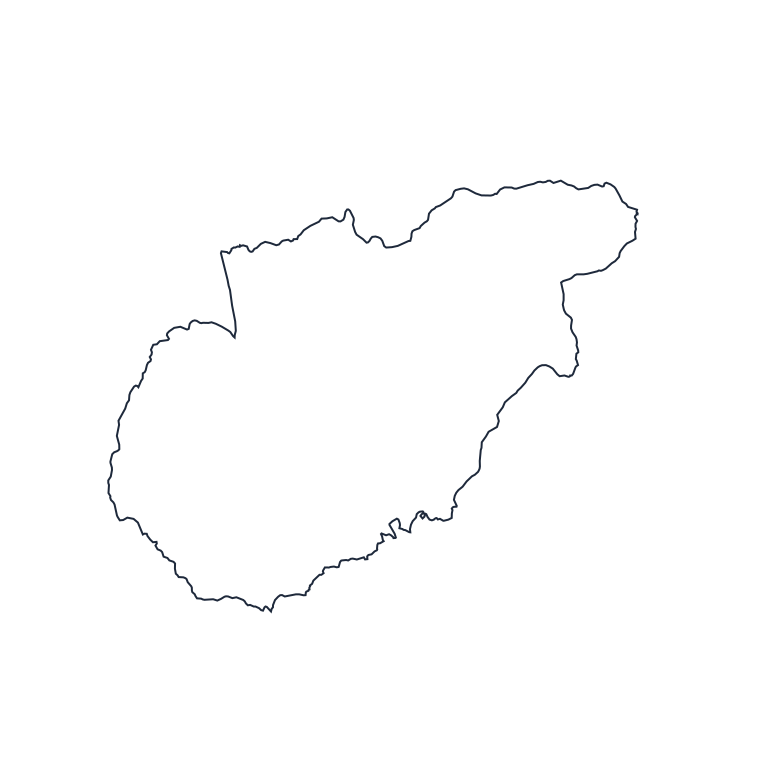 outline of Railaco, Ermera, East Timor, rotated 161°
{"feature_id": "22284137B49797009799058", "entity_name": "Railaco", "entity_type": "district", "adm_level": 2, "iso_a3": "TLS", "parent_name": "East Timor", "parent_adm1": "Ermera", "projection": "natural_earth1", "projection_center": [125.456, -8.681], "detail": "fine", "context": "isolated", "style": "outline", "palette": "slate", "viewbox_px": 768, "rotation_deg": 161, "n_neighbors": 0, "source": "geoboundaries", "source_scale": "gbopen_adm2", "svg_char_len": 6149}
<svg xmlns="http://www.w3.org/2000/svg" viewBox="0 0 768 768"><g transform="rotate(161 384 384)"><path d="M674.9,340.3L670.2,341.2L664.7,338.0L661.8,333.1L661.0,320.2L659.3,320.5L657.1,319.6L657.1,317.2L655.7,313.0L654.0,309.6L650.5,308.8L650.8,307.1L652.7,305.6L651.9,301.4L649.4,299.2L648.5,297.3L648.6,292.5L645.4,290.0L644.4,287.1L640.9,284.4L640.0,282.3L641.8,277.5L642.6,272.4L641.5,270.4L641.0,268.3L636.6,266.5L634.9,265.0L634.2,263.8L634.1,260.5L632.1,255.5L632.0,254.0L632.9,251.2L633.0,249.6L631.4,246.8L631.3,245.0L630.6,242.2L626.8,240.6L625.5,239.3L624.0,238.4L615.6,236.1L612.1,233.5L608.0,233.9L604.1,234.8L602.5,234.7L600.6,233.9L597.1,230.9L593.0,230.4L587.4,225.6L586.4,223.8L586.0,221.5L584.8,219.1L582.5,218.7L579.6,216.0L577.9,215.4L575.1,212.7L573.8,210.2L572.2,209.1L569.7,211.7L568.5,212.2L567.4,211.4L564.9,205.7L563.4,208.0L561.7,209.0L560.9,211.1L557.4,215.2L553.4,217.3L550.9,218.1L549.1,217.6L547.0,215.4L535.7,213.8L532.6,212.7L528.8,210.4L526.9,209.9L525.7,212.5L524.9,213.0L522.8,213.1L522.2,214.0L521.3,214.0L520.9,215.7L519.6,217.0L519.6,217.6L517.0,218.5L514.8,221.1L507.1,224.6L505.3,224.0L502.7,224.8L502.8,226.7L502.3,227.5L499.6,229.8L495.8,228.4L494.1,228.4L490.8,227.7L488.4,226.1L486.8,225.8L486.4,225.8L483.6,229.9L482.1,230.9L481.3,230.9L477.1,229.9L475.3,228.8L472.3,229.5L470.4,229.1L466.8,226.9L459.5,226.7L459.0,224.3L456.7,223.8L456.0,226.5L454.4,227.4L451.2,227.0L447.4,228.8L444.9,229.1L444.2,229.9L444.2,230.6L442.7,234.0L441.6,235.2L439.6,234.7L435.5,235.5L435.9,236.8L435.4,240.7L435.7,243.1L435.0,243.5L431.3,240.3L428.1,240.3L426.7,238.8L425.2,236.2L425.2,235.2L423.3,234.7L422.8,234.9L422.7,239.0L424.7,249.0L424.4,249.9L420.7,251.5L415.7,252.5L414.5,251.2L414.4,247.4L414.8,245.4L416.4,242.6L413.7,240.8L413.1,239.8L411.4,238.9L408.4,235.7L407.4,235.2L406.7,238.3L404.3,242.2L401.5,245.0L397.2,247.3L395.4,250.3L393.1,251.4L391.6,251.6L388.8,250.9L388.5,250.2L388.9,249.2L390.8,248.6L392.5,247.4L391.3,244.3L389.0,245.4L388.4,246.1L388.1,248.2L387.6,248.3L386.4,247.2L386.1,244.1L385.1,241.0L383.1,239.5L381.0,239.5L380.2,240.0L378.3,240.3L377.8,240.0L377.2,238.4L375.0,238.3L372.5,235.4L371.8,235.2L367.3,234.8L363.6,235.3L362.0,239.5L360.3,242.5L360.5,244.1L359.2,245.0L357.9,245.1L355.4,244.4L354.9,245.1L355.6,251.7L353.5,255.2L351.0,257.7L348.1,259.5L343.1,261.3L337.6,265.0L330.9,268.1L327.7,268.6L323.7,270.3L322.5,271.4L321.2,272.8L320.2,274.7L318.5,280.1L314.0,290.1L312.6,291.9L310.5,297.1L304.8,301.1L300.6,304.8L291.1,306.6L287.5,311.6L287.0,318.0L279.3,323.3L275.7,327.3L267.1,330.9L261.8,332.5L259.8,334.2L255.9,335.9L250.0,339.2L245.6,342.8L240.9,345.3L237.4,347.8L233.2,349.7L231.0,350.2L228.4,350.3L224.7,349.1L221.9,346.7L219.4,343.6L217.0,336.8L215.4,334.2L210.6,333.3L207.4,330.8L206.3,330.6L205.4,330.9L205.2,331.4L203.7,330.9L201.9,332.0L197.5,337.4L196.6,338.1L194.4,338.7L194.2,343.4L194.5,345.1L192.2,350.0L190.0,350.7L189.5,352.5L189.4,357.7L188.0,360.5L187.4,363.7L187.4,366.1L188.9,371.5L189.1,375.5L188.1,378.3L185.4,383.4L185.7,385.9L189.1,391.3L189.7,394.9L189.6,396.6L189.1,400.9L186.9,404.7L184.9,410.5L183.5,422.3L181.0,423.0L174.6,422.8L172.3,423.1L168.2,424.8L165.9,424.9L159.5,422.7L155.9,422.0L145.5,421.1L143.9,421.4L142.0,420.4L140.2,420.4L136.7,420.9L129.4,424.0L125.5,424.9L120.3,427.7L118.6,431.0L116.9,432.7L111.9,436.1L108.6,437.8L102.4,438.6L98.8,439.5L97.2,446.0L95.3,448.6L95.1,450.6L94.0,453.6L91.6,455.8L92.5,460.0L92.0,460.9L90.1,461.9L89.7,462.6L89.0,462.0L88.6,462.8L89.2,464.6L88.0,466.4L95.6,472.0L96.5,475.4L99.2,478.9L100.0,485.7L101.4,493.4L102.1,495.3L104.8,499.0L108.2,501.9L110.2,501.7L111.9,499.5L113.5,499.7L117.2,503.0L120.3,503.8L123.6,503.8L127.1,502.9L136.8,504.7L138.5,506.5L140.0,508.9L142.1,510.7L145.4,512.6L150.6,518.7L158.3,518.9L160.9,522.2L163.0,522.8L165.3,522.4L168.1,522.9L170.5,524.4L172.8,524.9L177.4,524.5L183.6,525.2L195.3,525.6L197.3,526.4L199.3,528.2L206.1,530.7L210.9,530.1L215.6,527.0L217.0,527.7L219.2,527.2L221.6,527.4L230.4,530.6L235.3,534.4L241.3,540.8L244.6,542.9L247.9,543.6L253.2,544.0L255.1,543.1L258.3,538.9L260.2,537.8L272.8,534.5L277.4,534.4L278.8,533.5L282.4,532.7L286.0,530.4L288.9,524.9L290.5,523.9L293.1,523.4L297.8,521.4L299.6,519.8L305.3,519.7L307.4,519.2L309.0,517.2L310.2,514.2L312.5,510.8L314.3,511.2L326.0,510.1L331.9,510.8L337.5,512.3L338.9,514.3L339.0,520.0L339.9,522.8L341.8,524.7L344.0,526.2L347.2,526.9L349.3,525.7L351.0,524.1L353.0,523.1L354.5,523.3L356.7,527.8L361.3,534.1L361.8,537.2L361.6,544.7L359.1,548.9L358.7,550.9L359.8,558.9L360.8,560.6L362.0,561.0L364.5,559.2L366.9,554.8L368.9,552.6L372.2,551.9L374.0,552.6L378.6,558.5L384.2,559.2L389.2,560.7L392.7,558.6L402.1,557.5L409.8,555.5L414.2,552.6L416.9,551.8L418.9,549.3L422.3,550.4L423.3,549.3L425.6,549.1L427.6,551.6L432.6,552.4L434.3,552.1L437.9,550.1L440.7,550.3L445.5,554.2L450.1,557.1L454.8,556.6L460.0,554.1L462.5,554.0L465.1,552.1L466.6,552.2L467.8,553.2L468.5,555.0L468.7,558.6L472.1,561.0L474.1,561.1L475.0,562.1L475.8,560.7L477.6,561.7L480.3,561.4L481.5,562.0L484.2,561.4L484.9,560.1L487.7,557.9L488.8,558.6L489.4,559.8L494.4,562.3L495.6,560.8L498.0,533.5L498.9,527.4L499.0,523.1L502.1,507.5L504.3,491.7L506.8,482.5L509.2,478.9L510.1,476.6L511.1,478.4L512.4,483.2L513.8,485.2L518.7,491.0L523.4,495.7L527.0,498.5L530.1,498.9L535.2,500.8L536.9,501.0L538.2,501.8L540.5,504.7L542.3,505.8L544.4,505.9L546.7,505.1L548.2,504.0L550.7,499.7L552.5,499.6L557.9,504.4L564.1,505.4L570.1,503.7L572.5,502.4L573.4,500.8L572.6,496.7L574.0,495.9L582.1,497.5L585.8,495.5L589.4,496.2L593.2,492.2L593.1,489.6L594.2,487.5L596.7,485.8L596.3,483.2L597.3,481.7L600.2,480.9L602.0,479.1L604.9,474.5L606.4,473.1L608.6,472.6L610.4,467.7L612.6,466.1L617.3,460.9L617.9,462.4L619.2,463.3L621.2,462.9L626.5,458.8L628.3,456.5L630.4,451.6L633.4,449.5L636.7,445.0L647.0,435.7L647.8,431.6L653.5,421.9L654.1,412.8L655.5,408.5L656.7,407.8L658.4,407.4L661.3,407.3L663.8,406.1L667.9,399.8L668.3,398.5L668.5,393.6L669.2,391.2L672.5,385.4L676.1,382.6L676.9,380.2L676.9,378.1L680.0,370.6L679.2,367.0L679.9,365.7L679.9,363.2L678.4,360.2L678.0,357.8L679.3,346.6L679.1,344.9L678.2,341.1L674.9,340.3Z" fill="none" stroke="#1e293b" stroke-width="2"/></g></svg>